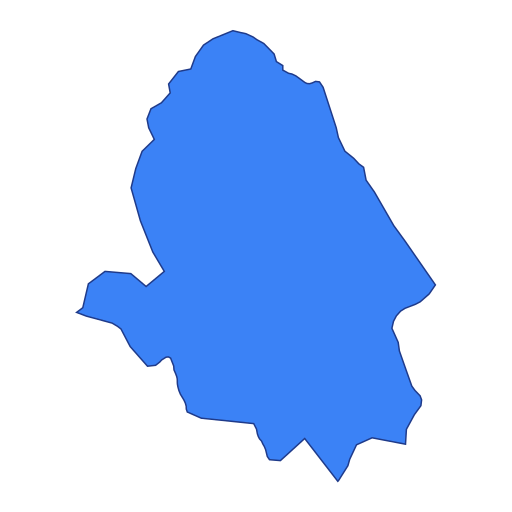 the District of Ha
{"feature_id": "BTN-2435", "entity_name": "Ha", "entity_type": "District", "adm_level": 1, "iso_a3": "BTN", "parent_name": "Bhutan", "parent_adm1": "", "projection": "orthographic", "projection_center": [89.122, 27.35], "detail": "fine", "context": "isolated", "style": "filled", "palette": "blue", "viewbox_px": 512, "rotation_deg": 0, "n_neighbors": 0, "source": "natural_earth", "source_scale": "10m", "svg_char_len": 1599}
<svg xmlns="http://www.w3.org/2000/svg" viewBox="0 0 512 512"><path d="M76.6,312.4L82.8,307.7L88.4,283.8L105.0,271.4L130.8,273.6L146.1,286.5L164.3,271.4L152.8,252.0L140.4,220.8L131.1,187.9L135.8,168.5L142.1,151.3L154.3,139.4L152.2,135.0L148.7,127.8L147.0,119.0L151.0,108.7L161.4,102.8L170.2,92.9L168.6,84.0L178.4,71.5L190.8,69.0L195.4,56.5L203.5,45.1L213.0,38.8L232.9,30.7L240.7,32.6L243.3,33.1L245.9,33.7L253.1,37.0L256.9,39.7L263.8,43.5L274.1,54.0L276.4,61.6L282.8,65.6L282.8,70.1L288.6,73.3L291.9,74.0L295.9,75.9L304.9,82.5L307.0,83.5L309.6,83.7L312.3,82.9L315.6,81.4L319.5,81.9L323.1,87.3L336.2,127.7L338.4,137.6L344.9,151.2L353.7,158.3L358.9,163.9L363.6,167.3L366.1,180.2L374.4,192.0L393.8,225.7L405.1,241.2L435.4,284.9L429.2,293.9L420.2,301.8L415.6,304.2L405.0,308.3L400.6,311.1L396.4,315.8L393.5,321.3L391.9,328.3L398.2,342.4L399.4,351.0L405.9,369.5L411.8,386.1L415.0,390.5L420.1,395.8L421.6,399.9L420.9,405.7L414.4,414.6L406.4,429.3L405.5,444.2L372.1,437.8L356.5,444.8L349.7,459.3L347.9,465.7L338.5,480.6L337.8,481.3L304.7,438.5L280.4,460.6L269.5,459.7L267.3,456.5L265.6,449.6L264.3,446.5L262.8,443.9L261.5,441.0L259.5,438.8L258.3,436.5L257.4,433.9L256.5,429.1L253.7,423.6L201.3,418.2L187.3,412.0L186.3,409.1L186.2,406.2L185.3,403.0L183.8,399.8L180.4,394.2L178.9,390.5L177.9,386.8L177.4,384.0L177.3,382.0L177.3,380.4L177.2,378.7L176.7,376.5L175.5,373.3L174.0,369.9L173.7,366.0L170.6,358.1L168.4,356.9L166.0,357.2L161.6,360.0L159.8,362.0L155.6,365.3L147.5,366.2L130.2,346.6L121.0,329.0L117.5,326.3L112.1,323.1L86.3,316.1L76.6,312.4Z" fill="#3b82f6" stroke="#1e3a8a" stroke-width="1.5"/></svg>